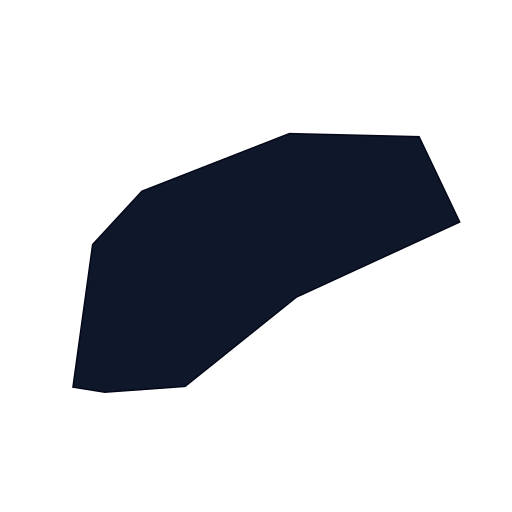 an SVG outline of Dominica, rotated 258°
{"feature_id": "DMA", "entity_name": "Dominica", "entity_type": "country or territory", "adm_level": 0, "iso_a3": "DMA", "parent_name": "North America", "parent_adm1": "", "projection": "mercator", "projection_center": [-61.361, 15.43], "detail": "fine", "context": "isolated", "style": "filled", "palette": "ink", "viewbox_px": 512, "rotation_deg": 258, "n_neighbors": 0, "source": "natural_earth", "source_scale": "50m", "svg_char_len": 288}
<svg xmlns="http://www.w3.org/2000/svg" viewBox="0 0 512 512"><g transform="rotate(258 256 256)"><path d="M338.8,440.3L246.9,462.3L207.4,287.0L143.2,159.5L154.2,79.8L165.8,49.7L301.2,98.6L343.1,157.9L368.8,314.1L338.8,440.3Z" fill="#0f172a" stroke="#020617" stroke-width="1.5"/></g></svg>